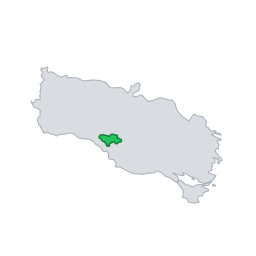 location of Tokat within Turkey, rotated 202°
{"feature_id": "TUR-2297", "entity_name": "Tokat", "entity_type": "Province", "adm_level": 1, "iso_a3": "TUR", "parent_name": "Turkey", "parent_adm1": "", "projection": "orthographic", "projection_center": [36.489, 40.417], "detail": "fine", "context": "in_parent", "style": "filled", "palette": "green", "viewbox_px": 256, "rotation_deg": 202, "n_neighbors": 0, "source": "natural_earth", "source_scale": "10m", "svg_char_len": 4691}
<svg xmlns="http://www.w3.org/2000/svg" viewBox="0 0 256 256"><g transform="rotate(202 128 128)"><path d="M191.6,93.5L194.9,94.5L195.9,93.6L198.9,93.5L201.6,94.0L202.9,92.0L204.8,92.0L205.2,93.0L206.1,93.3L209.0,95.6L208.7,95.9L209.5,96.8L211.9,97.2L212.2,98.4L214.2,100.2L215.4,103.0L215.0,105.0L214.1,106.4L215.9,110.7L215.5,111.3L218.5,112.4L222.1,111.9L223.4,112.4L227.2,115.5L228.2,116.8L225.6,115.4L224.4,116.9L224.0,120.3L220.1,121.3L220.9,123.5L222.0,124.4L221.9,126.5L222.2,127.3L223.4,128.6L223.4,130.5L224.0,132.4L224.2,134.8L225.9,135.3L225.3,136.5L223.8,141.5L224.0,141.8L225.2,141.9L228.2,143.8L227.8,144.6L228.3,147.7L230.9,149.4L230.6,150.5L230.8,151.5L229.0,151.2L225.7,154.3L225.3,154.2L224.7,153.3L224.4,150.6L223.5,150.0L222.3,149.9L220.5,151.3L218.7,151.4L217.0,151.3L212.2,150.0L210.5,150.7L208.7,150.1L205.4,153.8L204.3,154.1L203.7,152.5L202.5,151.6L201.0,153.0L195.1,155.0L192.3,155.4L188.9,155.0L186.1,155.3L178.6,159.4L171.3,161.7L164.8,161.7L161.1,159.4L158.3,159.0L150.0,162.7L145.8,162.6L144.4,161.1L141.3,160.5L140.6,161.9L139.9,165.3L141.0,168.4L139.3,168.6L138.1,169.3L137.8,171.6L136.2,172.5L135.6,173.9L135.3,174.0L132.7,172.8L133.4,171.6L131.8,167.3L132.6,166.0L136.0,162.5L136.0,160.4L134.5,159.0L130.2,161.6L129.8,162.5L128.8,163.3L127.2,163.6L119.5,160.1L115.0,163.0L111.0,167.1L108.1,168.6L99.4,169.5L97.9,170.3L95.0,169.3L93.3,168.0L89.5,163.0L82.3,158.9L74.5,157.5L73.8,158.4L73.3,162.1L71.8,165.6L71.1,165.9L69.4,164.9L63.3,166.5L58.2,163.8L57.4,162.7L56.6,158.5L55.8,158.2L55.0,158.7L54.1,158.6L50.6,156.5L48.6,156.2L47.3,157.8L45.3,158.3L45.2,157.8L46.1,156.8L43.0,156.7L41.3,157.4L39.1,156.6L39.3,156.2L41.2,155.8L45.3,155.6L48.2,153.1L38.4,152.3L37.4,152.8L37.4,151.3L38.0,150.7L40.6,150.5L40.6,149.3L39.1,147.9L37.5,147.0L37.0,144.0L36.2,143.1L36.3,142.7L38.0,142.4L38.5,140.2L38.4,138.9L35.4,137.4L34.7,137.4L34.0,136.2L32.8,135.2L31.6,135.8L28.7,133.6L29.4,132.4L30.2,132.5L30.4,131.6L30.0,129.8L30.2,129.0L30.9,128.8L31.6,129.0L32.3,130.1L32.2,132.1L32.9,133.3L33.6,132.2L35.0,133.0L37.6,132.7L38.1,132.2L36.2,132.1L35.6,131.6L34.4,128.2L36.1,127.5L37.3,126.1L35.3,124.8L36.0,122.7L34.4,120.1L37.2,117.3L37.1,116.8L36.3,116.5L28.7,117.0L28.7,115.6L29.4,114.4L29.7,111.4L30.2,109.9L31.6,109.5L33.6,107.4L36.7,104.9L39.5,105.2L40.7,104.6L42.5,104.7L42.8,105.9L44.3,106.8L46.9,106.9L48.2,106.3L47.2,104.8L48.7,104.5L49.9,105.0L49.1,106.4L49.4,106.6L52.9,106.5L56.4,107.2L60.4,107.3L60.9,106.9L58.3,105.1L60.2,104.0L61.2,103.8L69.6,103.2L69.6,102.9L64.6,101.8L62.2,99.8L61.5,98.8L62.2,96.5L62.8,95.9L64.7,96.0L70.8,97.6L75.2,97.2L80.0,99.1L84.6,99.1L85.6,98.4L86.9,96.3L93.7,92.9L96.0,91.0L106.3,87.6L121.4,88.7L124.1,87.3L125.6,87.8L125.2,88.8L125.2,89.7L127.0,92.0L129.7,93.3L133.5,92.3L134.9,92.7L136.2,96.3L138.5,98.4L139.6,98.6L141.0,97.3L142.4,97.1L144.6,98.4L145.4,99.6L152.8,101.0L154.3,102.1L159.3,103.0L170.1,100.2L174.2,101.8L177.6,102.2L179.0,101.9L183.3,99.7L184.6,98.4L187.3,97.3L190.7,94.9L191.6,93.5ZM52.1,84.5L51.7,86.1L52.2,87.9L53.4,90.5L54.9,91.8L61.9,95.7L60.6,98.7L58.7,99.0L52.6,97.0L49.9,98.0L48.1,97.5L45.4,97.8L44.5,99.6L42.5,101.5L37.2,103.5L32.0,108.2L30.6,108.7L31.4,107.0L31.5,105.5L33.7,103.9L36.7,102.8L37.6,101.8L30.4,101.2L29.9,99.5L30.7,99.3L33.3,96.7L33.7,95.6L33.8,92.8L36.7,91.5L37.0,90.9L36.9,88.1L34.4,86.2L34.6,85.4L36.6,84.9L37.8,83.1L40.6,83.0L42.0,82.3L44.4,82.0L47.2,84.7L50.8,84.2L52.1,84.5ZM28.2,107.6L25.8,107.7L25.1,107.2L25.9,106.5L27.9,106.1L28.4,107.0L28.2,107.6Z" fill="#d9dde1" stroke="#a8b0b8" stroke-width="1"/><path d="M141.7,104.1L141.5,104.5L141.6,104.9L141.7,105.0L142.2,105.1L142.8,105.4L143.7,105.7L144.2,106.1L144.9,106.4L145.7,106.4L146.4,106.3L147.1,106.4L149.5,108.0L151.0,108.1L151.3,108.8L151.5,109.6L151.0,110.7L150.4,111.6L150.0,111.8L149.6,111.9L149.4,111.9L148.9,112.2L148.5,112.5L147.6,112.6L146.7,112.6L145.8,112.7L144.4,113.1L144.0,113.2L142.8,113.1L142.4,113.2L142.0,113.4L141.7,114.2L141.5,115.1L141.3,115.6L140.9,116.0L139.4,116.6L137.6,116.7L135.1,117.2L135.0,116.8L134.8,116.7L134.6,116.3L134.6,115.7L134.7,114.9L134.3,114.5L133.8,114.6L133.4,114.8L132.9,114.9L132.4,115.0L131.5,114.8L130.5,114.9L129.7,114.3L129.0,113.4L129.4,112.5L129.7,112.2L130.3,112.0L130.5,111.9L130.9,111.7L131.2,111.4L131.5,111.0L131.8,110.4L132.3,109.4L132.6,109.1L133.4,109.0L134.3,109.2L134.5,109.5L134.8,109.6L135.1,109.7L135.3,109.8L135.5,109.9L136.3,109.6L137.2,109.0L137.3,108.9L137.5,108.8L137.6,108.1L138.4,107.9L138.9,107.3L138.9,106.7L139.1,106.3L139.4,105.7L139.2,105.2L138.9,105.0L138.7,104.8L138.6,104.5L138.7,104.4L138.6,104.2L138.9,104.0L140.1,103.7L140.4,103.6L140.5,103.5L141.1,103.5L141.5,103.8L141.7,104.1Z" fill="#22c55e" stroke="#15803d" stroke-width="1.5"/></g></svg>